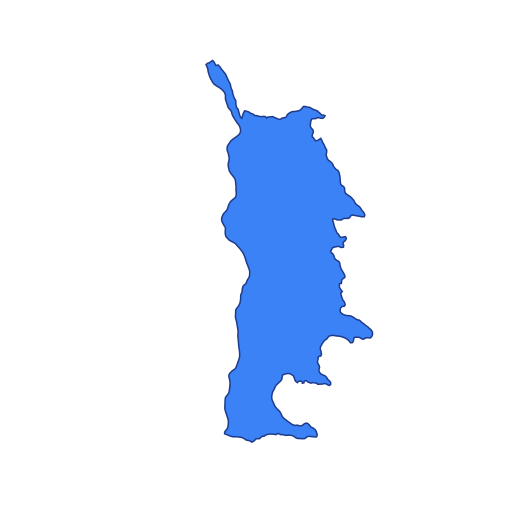 Pedras de Maria da Cruz, Minas Gerais, Brazil, rotated 315°
{"feature_id": "56859067B60399140599304", "entity_name": "Pedras de Maria da Cruz", "entity_type": "district", "adm_level": 2, "iso_a3": "BRA", "parent_name": "Brazil", "parent_adm1": "Minas Gerais", "projection": "natural_earth1", "projection_center": [-44.322, -15.582], "detail": "fine", "context": "isolated", "style": "filled", "palette": "blue", "viewbox_px": 512, "rotation_deg": 315, "n_neighbors": 0, "source": "geoboundaries", "source_scale": "gbopen_adm2", "svg_char_len": 6157}
<svg xmlns="http://www.w3.org/2000/svg" viewBox="0 0 512 512"><g transform="rotate(315 256 256)"><path d="M403.9,205.7L403.5,204.2L402.1,202.9L402.2,200.5L402.0,198.4L402.0,196.7L400.2,192.8L398.9,188.5L397.7,187.2L396.6,185.1L395.2,183.8L391.3,184.2L389.0,183.6L385.8,181.4L384.8,180.4L383.4,179.4L381.3,178.6L379.4,178.3L377.9,178.2L376.6,178.9L374.8,178.9L372.0,176.9L370.2,176.7L368.8,175.5L367.8,172.9L367.0,171.3L366.6,169.5L362.6,166.1L361.1,166.0L361.2,164.0L359.7,162.3L358.0,161.0L356.9,159.3L355.8,157.3L354.5,155.8L354.2,153.4L353.1,151.3L352.8,149.2L351.8,147.1L350.6,145.3L347.2,146.4L345.9,147.3L344.5,147.6L343.3,148.6L343.1,146.6L347.2,139.4L347.2,137.7L347.9,136.1L348.9,134.8L350.1,133.4L351.3,132.2L352.0,130.6L352.2,129.1L354.1,125.3L355.9,122.7L357.3,119.4L359.5,116.0L360.2,113.4L363.1,105.7L363.8,98.7L364.2,97.2L364.3,94.1L362.4,93.0L362.8,91.3L363.5,89.5L363.6,87.0L359.8,86.4L358.0,85.5L356.0,85.3L354.6,88.9L352.3,92.2L350.4,95.8L349.5,97.9L348.2,102.3L347.9,104.6L348.2,107.2L349.2,111.3L349.5,113.4L349.6,115.2L349.4,117.7L348.6,119.8L347.8,121.1L346.6,122.1L345.1,123.8L341.3,131.4L341.1,133.1L341.1,134.9L340.8,136.4L339.7,138.1L338.7,140.3L337.5,145.1L336.7,148.8L336.6,150.8L336.1,152.5L335.5,154.0L334.5,155.5L333.4,156.8L332.0,157.6L330.0,158.1L328.1,158.0L321.3,156.9L319.7,156.8L315.0,157.7L313.3,158.2L311.5,159.5L310.1,161.3L309.3,163.2L306.5,167.6L304.1,169.6L302.9,170.2L301.1,171.5L299.7,173.1L297.3,176.9L296.7,179.3L295.9,185.5L295.4,187.1L294.4,188.6L290.4,193.5L289.0,194.6L286.1,198.0L284.3,199.4L282.7,200.0L277.6,199.5L276.2,199.6L274.4,200.0L272.2,200.8L270.0,202.1L267.6,203.0L263.6,203.1L262.2,203.3L259.3,204.5L257.8,205.5L256.5,207.2L255.8,209.0L255.0,211.6L254.6,213.9L253.5,215.2L250.8,217.6L249.4,219.3L248.4,221.2L248.3,223.4L248.3,226.2L249.7,230.5L250.2,232.6L249.8,239.3L249.2,244.0L247.7,248.2L244.6,254.2L243.9,255.9L241.2,261.7L240.2,262.9L237.5,265.4L235.8,266.2L232.5,267.0L229.1,268.5L227.6,268.1L225.5,268.2L223.7,269.1L222.4,270.1L221.0,271.4L217.6,272.8L214.3,275.9L211.3,278.0L209.0,278.8L206.3,279.3L204.9,279.4L203.3,280.0L198.1,284.8L195.4,289.3L190.2,296.5L186.4,299.9L185.1,301.6L180.0,307.6L176.4,312.4L173.5,315.4L171.7,316.6L163.0,320.7L161.2,321.0L157.6,320.3L154.9,320.4L153.2,320.7L151.6,322.0L149.3,325.7L147.8,327.5L145.9,329.2L141.7,332.5L140.4,333.3L138.6,333.9L134.7,334.3L132.5,335.8L126.1,341.8L124.8,343.8L121.1,351.1L119.8,353.1L118.1,354.8L115.4,356.9L113.6,357.7L109.4,358.3L108.1,359.5L110.7,365.6L111.6,367.2L112.9,368.6L114.4,370.0L117.6,374.1L118.5,376.6L118.8,378.8L119.7,380.4L121.0,382.3L121.4,384.7L123.1,385.2L124.9,385.4L127.0,385.3L128.2,386.7L129.5,387.7L131.3,387.6L133.1,388.0L134.3,389.2L135.9,389.3L139.0,390.9L141.6,393.4L143.9,396.5L146.0,396.9L147.4,400.2L148.5,401.0L150.2,403.9L153.4,406.7L154.5,408.4L155.3,410.4L155.6,412.6L156.3,414.3L159.5,417.9L161.1,419.4L162.9,419.9L164.3,419.9L165.7,420.7L169.7,425.6L170.9,426.7L172.6,426.0L173.9,424.0L174.8,422.0L175.0,420.4L174.8,418.8L174.5,417.3L173.9,415.4L174.3,412.9L174.1,410.8L173.0,409.4L171.4,408.8L169.0,408.5L167.6,408.0L166.6,406.6L165.6,404.8L163.7,403.3L162.5,400.9L161.4,394.6L160.9,389.6L161.3,387.5L162.7,383.5L162.9,381.7L162.8,378.9L163.1,375.8L165.7,369.0L166.8,367.5L167.8,366.5L168.9,365.6L171.6,363.9L175.5,362.8L177.3,362.0L178.9,361.6L184.7,361.8L187.1,361.4L190.5,358.9L192.8,359.9L194.4,360.8L196.3,362.5L197.2,364.4L197.7,367.0L196.9,369.2L195.9,371.1L195.4,372.7L195.7,374.8L197.7,374.9L199.3,376.2L199.8,377.7L198.8,378.7L200.1,379.6L201.5,378.8L203.3,379.3L203.7,382.2L205.0,384.8L206.5,385.6L208.9,388.7L208.9,390.3L212.3,393.4L214.0,394.4L215.3,396.3L215.7,398.3L216.5,399.6L218.2,399.5L219.4,398.1L219.6,395.9L219.5,393.6L220.1,391.9L220.1,389.6L219.2,387.5L218.5,385.1L218.7,383.2L219.3,381.7L220.6,380.6L222.2,379.7L223.2,378.1L224.1,374.8L225.7,373.5L227.3,372.6L228.4,371.5L229.8,371.6L231.0,372.5L232.5,372.1L234.6,369.3L235.6,367.3L237.1,366.0L238.4,365.5L243.0,364.3L245.6,364.3L247.6,364.7L250.7,364.2L252.3,365.0L253.7,366.0L255.2,367.7L256.1,369.1L258.7,372.2L260.6,376.0L261.2,377.6L261.6,379.3L261.8,381.4L261.4,384.1L262.7,385.3L264.4,385.2L266.0,384.0L268.0,383.1L269.5,384.3L271.6,386.7L272.4,390.0L273.7,391.1L275.4,391.3L276.6,392.1L277.7,393.5L279.1,394.9L281.1,394.7L282.9,393.9L284.6,392.0L285.2,389.5L284.9,387.1L285.0,385.4L284.6,383.7L284.2,379.7L283.8,377.6L283.8,374.7L282.6,372.7L281.9,370.8L281.6,368.5L280.9,366.1L280.1,364.6L279.0,363.4L277.5,361.4L276.6,359.6L275.9,357.3L276.2,355.0L277.7,353.3L279.3,352.5L281.5,352.7L282.9,353.9L284.4,353.7L285.6,351.9L286.1,350.4L286.3,348.6L287.8,345.2L289.7,342.1L291.9,342.2L292.2,339.7L292.9,337.0L294.4,335.5L295.5,334.6L296.9,335.7L298.1,334.9L299.3,333.8L300.5,333.5L303.9,333.9L305.2,332.2L305.9,329.9L306.8,326.2L307.6,324.1L308.7,322.2L310.2,320.3L310.7,318.4L309.8,315.0L310.2,312.6L311.3,310.9L311.9,308.6L311.6,306.9L312.2,305.3L314.1,304.9L315.7,304.3L317.0,304.7L319.7,306.4L321.4,307.8L322.2,310.2L324.1,311.6L325.6,310.4L326.3,308.6L327.9,308.0L329.7,308.3L331.2,308.0L332.6,307.2L332.8,305.4L329.8,303.4L328.9,302.2L329.7,298.8L329.6,297.2L330.0,295.7L330.8,294.2L331.6,291.9L332.6,290.0L334.9,286.2L335.6,284.8L336.7,284.1L338.1,285.8L338.9,287.8L340.3,289.4L342.0,291.0L344.0,291.2L345.5,292.2L346.9,293.8L348.1,294.8L349.6,295.1L351.1,294.6L352.7,294.9L353.7,296.0L358.9,303.5L360.4,304.8L361.9,304.0L362.7,302.3L363.1,300.6L363.1,298.8L363.7,296.6L364.0,294.4L363.4,290.5L363.7,288.1L364.5,285.8L364.7,283.1L364.7,280.8L364.0,277.5L363.7,275.1L364.2,273.4L365.2,272.2L366.5,270.8L367.1,268.8L366.5,266.6L366.8,264.9L368.2,263.0L371.5,259.2L373.6,256.0L374.4,253.4L373.8,250.8L374.2,247.5L375.1,245.6L375.4,243.5L375.4,241.6L374.9,239.8L375.3,237.5L376.2,235.7L377.3,233.9L379.2,232.7L381.0,231.0L381.5,228.9L382.9,225.2L383.5,222.7L384.4,220.6L385.0,218.6L381.2,217.9L379.6,216.6L379.8,214.6L380.2,213.0L380.1,211.3L381.4,210.2L383.5,209.3L384.8,208.4L385.5,206.8L385.5,204.6L386.3,202.4L389.7,199.7L391.0,199.0L392.4,198.5L393.8,199.6L395.2,201.0L397.6,201.8L399.2,204.3L400.5,205.9L402.2,206.1L403.9,205.7Z" fill="#3b82f6" stroke="#1e3a8a" stroke-width="1.5"/></g></svg>